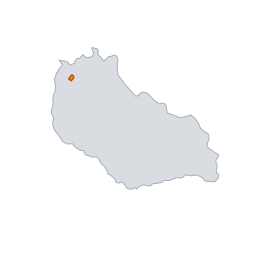 where Zalaegerszeg sits in Hungary, rotated 53°
{"feature_id": "HUN-4910", "entity_name": "Zalaegerszeg", "entity_type": "Urban county", "adm_level": 1, "iso_a3": "HUN", "parent_name": "Hungary", "parent_adm1": "", "projection": "albers", "projection_center": [16.838, 46.845], "detail": "fine", "context": "in_parent", "style": "filled", "palette": "amber", "viewbox_px": 256, "rotation_deg": 53, "n_neighbors": 0, "source": "natural_earth", "source_scale": "10m", "svg_char_len": 2726}
<svg xmlns="http://www.w3.org/2000/svg" viewBox="0 0 256 256"><g transform="rotate(53 128 128)"><path d="M201.3,72.5L204.0,72.0L204.7,72.2L205.3,74.1L205.4,74.3L206.1,75.5L206.8,77.2L207.8,78.4L209.9,78.8L212.7,80.2L214.7,83.0L217.4,84.1L217.6,84.1L218.1,83.9L220.0,83.7L220.4,84.2L222.0,85.6L222.7,86.8L222.5,88.2L222.9,89.7L223.5,90.2L222.9,91.3L218.4,96.8L216.6,98.4L215.3,98.7L213.2,98.3L211.2,98.9L209.4,100.1L207.7,100.6L206.5,102.0L205.0,104.9L203.1,107.5L201.1,109.1L200.1,110.5L200.3,115.1L199.2,116.5L197.8,117.9L197.0,119.1L195.0,126.3L193.4,128.6L191.8,130.4L191.6,132.0L191.7,133.8L190.0,137.5L187.6,141.4L187.2,142.9L187.9,144.9L185.6,147.4L184.2,148.7L183.1,149.3L182.4,150.8L181.4,154.5L181.8,156.1L181.9,157.6L179.9,158.5L179.3,160.2L178.9,162.3L178.1,163.2L175.8,165.0L169.9,164.6L167.7,165.3L167.1,166.5L167.0,167.5L166.3,168.5L165.0,169.7L163.7,170.2L160.5,169.0L154.0,170.7L152.9,171.8L151.9,171.1L150.5,170.5L143.9,169.9L141.3,170.7L137.8,170.6L134.5,170.0L132.2,170.6L130.1,173.5L129.1,174.5L128.3,175.2L126.5,176.1L125.0,177.3L123.0,178.1L121.2,178.0L119.4,176.9L118.8,177.2L118.3,178.3L117.4,179.3L114.9,180.5L114.2,180.5L112.1,181.5L108.9,182.0L107.3,181.7L104.4,185.8L103.5,186.5L100.7,187.8L98.4,188.4L96.4,188.0L95.6,187.9L86.8,187.9L82.2,187.1L79.3,185.6L77.3,183.9L76.3,182.0L74.0,180.9L70.5,180.5L67.6,178.6L65.6,175.2L62.9,172.6L59.5,170.6L56.8,167.8L54.8,164.2L51.3,161.0L46.1,158.1L44.6,157.5L44.3,156.5L41.8,153.0L40.7,151.6L40.8,149.9L40.3,148.9L39.4,148.1L38.9,145.6L38.7,143.7L37.9,142.4L32.5,142.1L37.1,137.6L39.4,136.4L42.0,136.6L42.9,136.2L43.1,135.5L43.5,134.0L43.8,132.6L44.0,131.3L43.7,130.6L42.5,130.3L41.9,127.1L42.5,125.9L43.2,125.0L42.4,121.0L42.6,119.7L44.7,119.5L46.4,118.7L47.8,117.7L48.1,116.5L49.3,114.0L48.3,110.9L42.4,108.9L42.1,108.2L43.5,107.3L44.9,106.1L45.8,105.1L46.9,105.0L48.5,105.5L51.3,107.7L52.4,108.0L53.4,107.4L54.6,107.2L57.7,107.3L60.3,106.8L59.7,104.4L59.7,102.7L59.3,101.4L59.6,99.9L60.6,98.7L60.9,96.0L62.6,94.3L63.3,94.0L66.2,94.3L66.9,94.8L67.3,94.9L72.0,99.2L76.3,102.4L79.9,104.0L85.2,104.1L90.8,104.1L100.1,103.4L107.1,102.8L107.5,102.0L108.5,100.0L107.6,98.4L107.6,96.4L108.8,93.8L112.1,91.6L121.9,90.4L127.6,88.6L128.3,86.5L130.1,84.3L131.8,83.8L134.2,84.7L137.1,86.4L139.6,87.3L141.0,86.6L145.9,83.3L151.5,80.0L155.0,71.4L155.4,70.1L159.6,68.9L165.8,68.8L169.1,69.7L171.5,70.1L175.1,69.7L180.1,67.6L182.0,67.6L183.6,68.8L185.3,69.8L186.5,71.0L187.4,72.9L187.9,73.6L188.7,74.5L190.1,75.7L191.4,76.0L200.8,73.1L201.3,72.5Z" fill="#d9dde1" stroke="#a8b0b8" stroke-width="1"/><path d="M54.1,140.3L55.5,141.6L56.0,144.9L54.9,145.3L53.1,145.7L53.1,144.0L52.1,143.3L51.9,140.7L54.1,140.3Z" fill="#f59e0b" stroke="#b45309" stroke-width="1.5"/></g></svg>